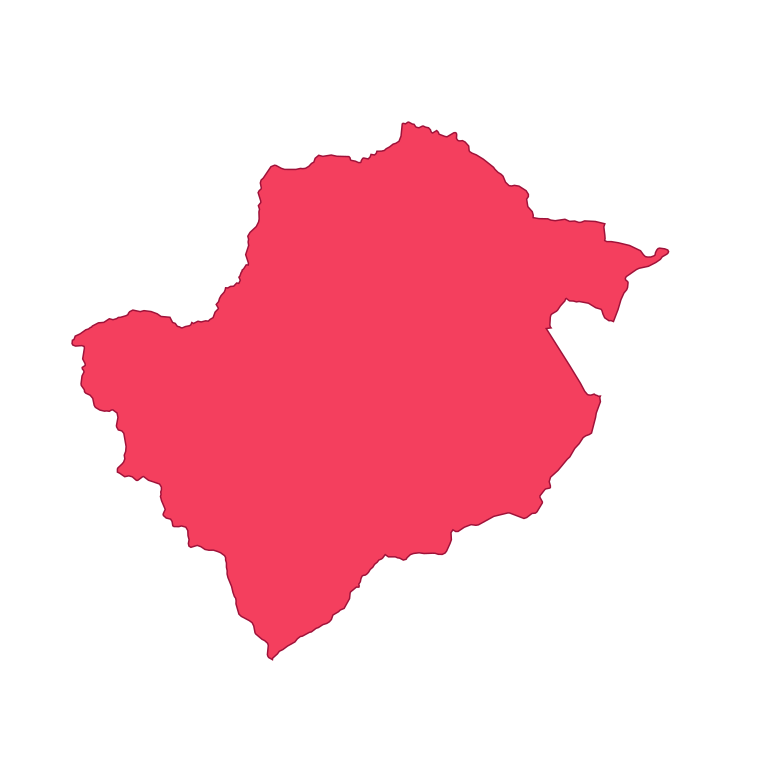 outline of San Marcos, Cajamarca, Peru, rotated 171°
{"feature_id": "86281439B35879365662070", "entity_name": "San Marcos", "entity_type": "district", "adm_level": 2, "iso_a3": "PER", "parent_name": "Peru", "parent_adm1": "Cajamarca", "projection": "albers", "projection_center": [-78.029, -7.273], "detail": "fine", "context": "isolated", "style": "filled", "palette": "rose", "viewbox_px": 768, "rotation_deg": 171, "n_neighbors": 0, "source": "geoboundaries", "source_scale": "gbopen_adm2", "svg_char_len": 6157}
<svg xmlns="http://www.w3.org/2000/svg" viewBox="0 0 768 768"><g transform="rotate(171 384 384)"><path d="M537.3,129.2L536.9,130.6L531.5,134.1L529.2,136.4L525.5,137.5L520.2,140.3L512.3,143.2L509.4,145.9L506.1,147.7L504.1,147.7L496.5,150.4L494.5,150.5L489.3,153.3L486.9,153.7L482.0,155.9L477.9,156.5L475.1,157.7L472.8,159.6L470.6,163.8L464.5,166.2L462.6,167.6L458.5,168.6L451.6,177.4L450.2,182.7L449.5,183.9L443.1,187.7L440.6,187.3L440.1,188.4L440.2,190.3L438.3,192.4L437.2,195.4L435.7,197.7L434.5,198.2L432.4,198.2L430.8,198.9L428.8,200.4L426.6,203.0L423.7,204.8L421.6,207.3L418.5,209.1L416.7,210.9L413.8,211.6L412.6,212.3L409.5,215.3L406.7,212.6L399.8,211.5L397.8,210.2L395.8,209.6L392.5,207.1L389.6,207.4L388.3,208.9L384.6,211.4L381.3,212.0L375.7,211.8L371.0,210.3L362.6,209.3L360.0,208.8L357.0,207.3L353.1,206.6L350.1,207.5L348.3,209.2L343.7,216.2L341.8,219.7L341.1,226.7L338.7,229.2L336.3,227.1L333.9,226.8L327.0,230.0L320.0,231.5L315.4,230.1L312.8,230.1L296.2,236.1L281.7,237.3L280.0,236.9L266.8,229.3L263.9,229.8L258.1,233.0L254.6,232.8L252.9,233.8L246.2,241.8L246.0,242.8L247.7,247.6L247.5,249.1L241.5,254.7L240.5,255.1L236.5,255.3L235.9,255.7L235.6,257.4L236.1,261.7L234.1,265.9L225.7,271.4L214.8,281.0L211.9,282.9L205.7,290.5L200.6,294.5L195.7,299.9L192.8,301.3L189.1,302.0L186.7,303.1L180.3,317.8L178.9,322.1L173.0,332.7L173.0,336.8L172.2,338.2L174.0,338.3L175.7,339.6L176.6,339.8L178.0,341.2L181.4,340.6L183.7,341.2L184.7,341.8L186.9,345.4L189.9,354.1L197.9,373.5L215.1,413.4L210.2,413.3L210.8,414.4L211.0,416.2L209.3,423.9L208.4,426.0L207.1,427.0L202.3,428.9L200.9,429.9L197.6,433.5L192.4,437.7L191.3,439.7L190.6,440.0L187.8,437.1L183.9,436.3L181.1,435.0L178.4,435.0L169.4,431.8L162.9,426.2L158.0,423.9L157.3,422.6L156.8,418.8L155.7,414.9L151.9,411.3L149.8,411.1L147.6,409.8L141.1,421.1L136.8,430.2L132.8,436.3L129.5,439.2L128.3,441.3L127.1,445.9L127.3,447.0L129.1,449.1L129.1,450.7L127.9,452.2L116.7,457.6L113.9,458.4L104.4,458.9L96.5,461.5L91.5,463.9L89.3,466.1L84.3,468.0L83.0,468.9L82.2,470.2L82.8,472.0L85.6,473.6L90.6,475.1L92.1,474.9L93.6,473.7L95.3,471.3L96.1,469.0L97.4,468.3L100.7,467.7L103.6,468.1L105.9,468.9L107.5,471.0L109.8,475.5L119.8,482.4L130.6,486.9L137.3,489.1L141.7,489.8L143.6,491.2L142.9,493.0L142.6,496.4L142.3,504.8L140.8,507.7L149.9,511.5L160.4,513.7L164.0,512.9L166.3,513.1L170.1,515.1L175.2,515.6L179.5,518.4L189.3,518.5L193.7,519.8L196.3,521.5L205.1,523.1L210.7,525.0L210.2,527.5L210.6,531.0L214.2,536.7L214.2,544.3L212.1,546.5L211.7,548.7L213.4,552.7L219.7,558.3L224.1,559.8L227.0,559.6L229.4,560.3L232.4,564.3L233.9,570.6L235.5,572.8L238.3,575.2L240.8,578.6L241.9,580.9L250.8,590.6L256.9,595.8L261.0,598.3L263.0,600.1L263.4,601.2L263.1,605.8L266.0,610.3L268.4,612.1L271.0,612.2L272.5,612.7L273.3,613.5L274.0,615.3L273.2,618.8L273.3,620.4L274.4,621.2L275.8,621.2L283.1,618.3L285.1,619.0L290.5,622.1L291.0,624.2L292.3,626.1L296.7,624.3L297.5,624.8L298.2,626.2L298.3,627.7L299.9,630.1L302.8,631.2L304.8,632.6L305.8,632.7L309.4,631.6L311.8,632.5L312.5,633.2L313.7,635.8L315.3,636.3L318.6,638.8L319.6,638.8L322.0,637.6L324.4,638.5L325.3,638.0L328.4,626.2L331.2,621.4L334.6,619.9L337.5,619.5L341.4,617.3L345.1,616.0L347.1,614.6L350.2,614.4L354.6,615.0L355.5,613.1L357.5,611.7L360.9,612.8L362.2,610.4L364.4,608.8L368.7,610.4L369.7,610.2L371.4,608.3L372.0,606.8L372.8,606.4L374.6,606.7L377.3,608.5L381.6,610.1L382.0,610.7L382.2,612.8L383.1,614.1L394.9,616.3L400.3,618.4L408.8,618.4L412.7,620.1L416.7,617.7L418.6,614.1L421.1,613.2L424.1,610.8L427.8,609.3L430.6,609.4L432.8,610.0L437.5,609.7L448.6,611.5L451.7,613.1L456.4,616.7L457.9,617.2L461.7,616.3L471.0,606.3L473.5,604.6L474.7,601.9L474.5,596.7L475.0,595.8L477.0,594.5L478.4,592.7L477.1,583.9L477.3,582.5L480.2,579.8L479.6,576.1L480.6,573.6L481.5,566.5L482.5,563.7L485.5,559.5L492.6,554.7L495.4,551.3L495.1,548.2L496.0,545.5L496.0,542.0L500.4,533.4L499.0,524.8L499.4,522.8L501.5,523.2L504.6,519.7L506.4,518.6L506.6,517.5L507.6,516.6L509.4,513.2L510.6,512.2L509.7,509.0L511.7,506.1L513.7,506.8L517.2,504.1L520.4,504.4L523.2,503.3L525.4,503.8L526.2,501.7L527.5,499.7L531.1,496.8L533.1,494.2L534.5,491.2L537.3,488.8L535.7,484.8L536.1,484.1L539.6,481.4L542.4,476.3L545.7,475.0L547.7,473.6L550.3,474.3L554.9,473.9L557.9,475.1L562.7,473.6L564.2,474.8L565.5,472.7L566.9,472.0L571.2,471.8L574.4,471.0L575.5,471.2L577.0,472.4L579.1,473.3L580.7,476.5L583.2,477.9L585.0,483.4L593.7,485.6L597.0,488.8L602.7,492.0L609.6,494.0L613.4,493.6L620.5,496.3L623.9,495.2L625.4,493.8L626.0,492.6L628.1,491.8L633.9,491.1L636.0,491.3L637.8,490.4L641.6,489.9L645.1,491.4L651.1,488.7L656.5,489.1L663.0,486.9L664.0,485.9L665.1,485.8L667.2,484.6L670.0,484.2L676.5,481.0L681.5,479.6L683.3,476.4L684.9,476.0L685.8,472.7L685.2,471.1L682.7,469.7L676.4,469.2L674.3,468.0L674.3,466.3L677.7,455.9L676.1,451.1L676.1,449.6L676.3,449.0L679.5,447.6L679.6,446.1L678.6,444.4L678.4,442.8L681.0,439.2L683.2,431.6L683.2,429.9L680.9,425.2L681.0,423.2L680.6,422.5L680.0,421.6L676.0,418.9L673.9,415.4L673.6,408.5L673.0,406.6L672.3,405.7L668.7,402.7L664.3,400.9L662.2,400.8L659.5,400.0L657.5,400.9L655.9,400.9L652.2,397.1L652.0,392.6L654.8,384.7L654.8,383.4L653.6,380.2L650.3,378.7L648.7,376.0L648.5,362.6L649.7,357.8L651.7,354.3L651.7,350.6L653.4,347.6L655.1,346.1L659.9,342.8L660.6,341.8L661.1,338.7L659.1,337.3L654.6,333.0L650.4,333.2L647.1,331.7L643.8,327.7L643.1,327.4L642.2,327.4L636.9,330.2L635.9,330.2L631.7,325.8L621.3,320.3L620.0,317.0L620.4,314.3L621.4,312.3L621.5,309.8L622.4,307.9L622.0,303.7L619.7,294.4L622.2,290.6L622.6,289.5L622.4,288.5L620.1,285.7L615.9,283.9L614.8,281.3L614.8,277.0L613.7,276.0L608.8,275.2L606.3,275.5L602.1,273.6L600.7,269.9L601.3,264.8L600.9,260.7L602.2,257.0L602.0,254.4L600.3,252.9L593.7,253.8L590.2,251.9L586.7,248.6L582.9,247.2L578.5,246.6L574.4,244.5L571.9,243.0L568.3,239.4L567.6,237.2L568.0,234.9L567.6,232.0L568.3,227.6L568.1,224.2L568.7,220.8L568.4,217.2L566.2,207.8L565.8,201.9L565.0,197.5L564.0,195.5L564.0,193.1L564.6,190.0L563.3,179.4L561.3,176.8L554.1,171.4L551.6,168.9L550.5,165.4L550.3,158.5L549.8,157.2L544.5,151.0L542.0,149.2L539.5,146.1L539.2,143.8L541.5,135.0L541.3,133.3L540.7,131.9L537.3,129.2Z" fill="#f43f5e" stroke="#9f1239" stroke-width="1.5"/></g></svg>